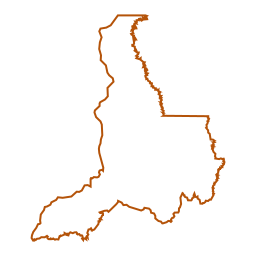 Orellana, Orellana, Ecuador, rotated 270°
{"feature_id": "8360857B2632512841058", "entity_name": "Orellana", "entity_type": "district", "adm_level": 2, "iso_a3": "ECU", "parent_name": "Ecuador", "parent_adm1": "Orellana", "projection": "mercator", "projection_center": [-76.797, -0.605], "detail": "fine", "context": "isolated", "style": "outline", "palette": "amber", "viewbox_px": 256, "rotation_deg": 270, "n_neighbors": 0, "source": "geoboundaries", "source_scale": "gbopen_adm2", "svg_char_len": 5800}
<svg xmlns="http://www.w3.org/2000/svg" viewBox="0 0 256 256"><g transform="rotate(270 128 128)"><path d="M240.6,117.9L230.7,110.7L228.4,106.3L227.4,100.5L224.7,99.3L218.7,101.6L213.7,99.9L207.0,99.2L200.7,101.0L195.8,100.7L190.6,105.9L183.4,107.4L180.7,109.2L177.7,112.8L174.3,113.5L168.1,107.5L159.7,107.8L156.5,105.0L153.8,100.2L152.6,99.6L150.0,99.6L145.6,94.9L143.5,94.5L138.9,96.1L134.6,100.5L131.4,101.8L120.7,102.3L116.5,100.9L112.6,100.5L109.8,99.3L107.2,98.9L103.0,99.3L88.3,103.3L85.3,103.0L86.2,102.1L85.6,99.9L84.9,99.3L83.5,99.0L81.6,99.9L79.2,98.6L78.6,97.1L78.9,93.8L77.8,92.5L77.9,91.3L77.3,91.4L77.0,90.6L69.4,90.6L70.9,87.7L70.6,84.6L65.5,81.8L64.1,79.2L64.3,76.7L59.5,71.4L58.2,62.7L58.7,57.9L56.1,56.2L53.7,51.4L51.3,50.4L49.5,47.0L49.0,44.8L46.0,44.0L41.5,40.8L35.5,40.1L32.9,40.5L32.1,39.7L31.8,38.0L28.2,36.3L24.1,33.3L20.8,32.0L18.0,31.6L15.4,33.1L15.4,33.9L16.5,33.8L16.8,34.7L16.0,35.7L17.2,36.9L17.5,39.4L18.8,41.3L18.7,44.7L20.1,47.0L19.5,47.6L19.3,47.2L17.7,47.5L16.9,48.5L16.8,49.5L17.5,50.6L16.8,50.9L17.0,52.8L17.5,53.2L16.3,55.0L16.8,56.0L16.5,58.4L19.8,59.6L19.6,60.2L20.4,60.7L20.1,61.2L21.5,64.6L23.0,64.6L22.2,65.9L22.3,67.5L21.0,66.8L20.6,68.4L22.0,68.8L23.7,70.3L22.8,72.8L23.6,74.4L23.7,76.4L22.6,77.2L22.0,77.0L21.5,77.7L21.9,79.3L20.4,80.4L20.7,81.8L20.2,82.3L18.5,82.8L17.5,82.0L16.0,83.2L17.0,83.4L17.6,84.8L16.7,86.1L17.9,85.8L19.4,86.5L18.3,87.6L19.9,87.3L21.5,88.3L23.0,87.3L26.5,88.5L26.7,89.8L27.7,91.0L26.2,91.8L24.7,91.5L25.6,92.2L26.5,94.3L31.8,98.3L33.5,98.6L34.5,99.6L34.9,98.9L35.3,99.8L36.3,99.7L36.5,101.1L37.0,100.5L36.6,100.0L37.2,99.6L38.1,101.1L40.6,102.2L40.9,103.0L42.4,103.0L43.1,102.7L43.0,100.2L43.6,99.7L45.2,104.4L45.5,107.2L44.2,108.5L51.7,116.2L53.9,118.0L55.1,118.1L53.4,121.7L50.9,123.4L51.2,126.6L49.2,129.2L45.5,141.2L46.6,143.6L48.2,144.4L47.4,149.0L45.8,150.6L43.3,151.1L42.5,154.1L40.1,155.3L37.6,155.3L35.0,158.5L34.4,161.0L32.7,162.2L32.6,162.8L33.8,166.6L35.1,168.3L34.9,169.8L34.1,170.9L34.8,171.6L36.4,171.0L37.3,171.5L38.2,172.3L38.3,173.4L39.8,174.4L42.0,173.4L43.4,174.6L43.5,178.3L44.8,178.9L47.7,179.0L48.5,179.9L52.0,181.1L58.3,180.4L62.9,182.5L62.5,183.1L61.6,183.1L60.7,184.5L60.2,184.2L59.0,185.1L58.4,187.1L55.7,188.0L55.6,191.2L56.2,191.8L57.7,192.2L58.5,193.6L60.7,193.6L62.5,194.4L59.1,195.5L58.8,196.7L59.4,197.5L57.4,197.7L56.2,199.6L52.4,200.4L52.3,202.5L53.0,202.9L53.0,204.0L54.0,205.3L55.3,205.8L55.0,208.1L56.5,209.7L56.3,210.9L61.0,213.5L61.4,213.2L62.3,213.9L62.7,213.0L64.4,213.4L64.9,212.8L65.8,213.1L67.1,212.7L67.5,213.4L68.2,212.9L68.3,213.4L69.6,212.9L70.5,213.3L71.3,214.5L72.4,214.1L72.6,214.7L73.4,214.6L73.4,215.4L75.0,216.7L75.8,216.4L75.9,217.3L77.6,217.0L77.7,217.4L78.6,217.2L78.5,217.7L79.7,216.9L79.9,217.4L80.4,217.0L80.4,217.5L81.1,217.1L81.2,217.7L81.8,216.8L83.1,218.2L86.0,218.2L85.8,218.8L87.0,219.0L87.0,220.0L87.7,220.0L87.4,220.3L87.9,220.9L88.3,220.6L88.7,221.6L89.6,221.5L89.2,222.4L90.0,222.4L89.9,223.0L90.2,222.6L91.4,223.6L92.2,223.1L92.1,224.0L93.7,224.4L94.6,223.5L95.0,224.1L96.1,223.3L96.7,223.9L97.3,223.7L97.0,222.0L97.6,220.9L96.9,219.2L97.5,215.3L98.6,215.6L99.7,215.0L102.2,215.4L104.0,213.6L105.8,212.9L105.9,212.1L106.1,212.8L107.0,212.9L107.2,212.0L107.9,212.2L108.0,211.8L108.2,212.7L108.8,212.2L109.2,213.4L109.4,212.9L110.1,213.3L110.2,212.8L110.7,213.4L111.0,212.5L111.5,213.6L112.7,213.2L113.5,213.8L113.8,213.3L113.9,214.0L114.3,213.4L114.2,214.1L115.1,213.9L115.3,214.5L116.4,212.9L116.5,210.6L122.2,209.7L123.4,208.2L125.7,208.1L128.2,206.1L128.8,206.8L131.2,206.5L132.3,207.4L134.2,207.9L134.7,207.5L135.1,208.5L136.0,208.2L136.7,208.8L137.8,208.1L137.9,208.5L138.4,208.0L139.0,208.2L139.3,207.7L139.8,207.9L140.2,163.4L140.6,164.0L142.5,163.1L142.8,163.6L143.4,162.8L143.4,163.4L143.8,163.0L145.1,163.7L146.5,161.8L147.4,162.8L148.2,162.7L148.5,161.8L149.1,162.1L149.6,161.3L151.2,161.7L151.5,161.3L150.8,160.9L151.4,160.3L152.5,160.4L152.7,161.4L153.4,160.7L153.3,161.2L155.2,160.9L156.0,161.8L156.7,161.5L157.3,160.3L158.1,161.2L158.4,160.1L159.9,161.1L159.8,160.4L160.2,160.6L160.4,159.8L161.1,159.8L161.6,159.1L162.6,159.6L162.5,158.9L163.6,159.4L164.0,158.7L164.7,158.5L164.7,158.9L165.1,158.2L165.8,158.3L165.5,158.0L166.4,157.5L166.1,156.2L167.4,155.9L167.0,155.3L167.7,155.4L168.3,153.6L169.3,153.4L168.9,152.8L169.8,152.6L169.8,151.5L172.1,151.9L172.4,150.9L172.9,151.3L173.2,149.9L174.4,150.0L175.2,148.1L177.2,147.4L177.0,146.5L177.6,146.7L178.2,145.9L180.0,145.3L180.8,147.0L181.8,146.1L181.9,147.2L182.6,147.8L183.2,145.7L184.9,145.0L185.2,145.6L184.7,146.1L185.9,147.3L187.5,146.4L187.0,144.9L189.3,144.8L188.9,143.2L189.6,143.5L189.4,144.3L190.1,143.9L190.4,145.3L191.7,144.6L191.0,144.4L192.1,143.1L192.8,143.2L192.5,144.1L193.7,144.7L193.8,143.6L196.3,140.5L197.9,140.6L196.9,139.2L197.8,136.4L199.3,137.7L200.1,136.2L201.8,138.2L203.5,138.7L203.5,137.1L205.3,136.4L204.5,135.8L205.4,134.6L205.7,134.8L205.3,135.8L206.7,135.8L207.4,134.9L209.3,134.8L210.1,132.3L211.1,132.3L211.1,133.4L212.6,134.1L215.2,133.8L215.3,134.6L216.5,134.9L216.5,136.0L218.4,134.9L218.1,134.1L216.8,134.3L216.6,133.5L219.3,133.1L219.7,133.9L220.3,134.0L220.2,133.1L221.6,132.6L221.3,131.6L222.1,131.1L222.9,133.3L223.8,132.7L226.0,133.1L225.5,131.5L226.2,131.7L227.0,132.8L227.6,132.7L226.7,133.7L227.5,134.6L227.6,136.4L228.3,136.2L228.0,135.0L229.0,134.7L229.1,132.4L229.7,132.3L230.5,134.4L229.8,134.4L229.8,135.3L231.6,134.5L232.4,133.5L232.0,134.8L232.8,135.2L232.5,136.4L234.4,135.3L234.2,136.8L235.8,136.7L235.8,138.2L237.1,138.9L237.3,140.0L236.4,140.1L237.1,140.8L235.4,141.5L235.7,142.1L236.6,142.0L236.8,143.6L238.0,143.2L237.1,144.5L236.5,144.0L236.8,147.2L237.5,147.0L237.8,146.1L238.8,146.4L238.1,145.3L239.1,144.7L239.6,145.2L239.3,144.3L240.2,146.5L240.6,145.5L240.6,117.9Z" fill="none" stroke="#b45309" stroke-width="2"/></g></svg>